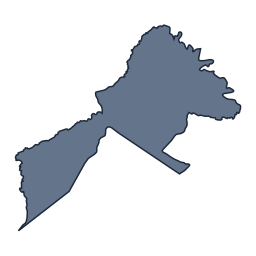 the district of Santa Fe, Ocotepeque, Honduras
{"feature_id": "27666195B70826657437169", "entity_name": "Santa Fe", "entity_type": "district", "adm_level": 2, "iso_a3": "HND", "parent_name": "Honduras", "parent_adm1": "Ocotepeque", "projection": "albers", "projection_center": [-89.282, 14.484], "detail": "fine", "context": "isolated", "style": "filled", "palette": "slate", "viewbox_px": 256, "rotation_deg": 0, "n_neighbors": 0, "source": "geoboundaries", "source_scale": "gbopen_adm2", "svg_char_len": 5745}
<svg xmlns="http://www.w3.org/2000/svg" viewBox="0 0 256 256"><path d="M189.5,165.6L189.6,164.9L189.3,164.4L189.0,164.2L188.2,164.0L185.4,163.9L183.9,162.6L180.8,162.2L178.7,161.1L174.3,159.1L171.2,157.3L166.2,153.8L163.3,152.3L162.5,151.6L162.3,150.7L162.4,150.3L162.8,149.7L171.6,140.3L174.7,135.9L176.4,134.3L180.9,133.5L183.3,132.3L184.4,131.1L184.7,130.6L185.0,129.0L186.6,126.3L187.0,125.1L187.1,123.1L186.5,119.2L187.1,117.5L187.2,115.4L189.0,112.5L191.5,113.9L192.0,113.9L192.9,113.1L194.1,113.3L195.8,114.1L197.6,115.3L198.3,115.6L200.7,115.2L205.0,116.2L206.1,116.3L207.6,116.1L208.7,116.2L209.9,116.7L210.6,117.4L215.1,117.9L215.4,118.2L215.5,119.0L215.8,119.4L217.8,119.9L220.2,120.1L221.3,119.8L221.9,119.3L221.7,118.4L221.8,117.9L222.4,117.3L223.2,117.1L224.7,117.5L227.0,118.6L227.3,118.5L227.6,118.0L228.0,117.7L228.4,117.7L229.3,118.1L229.9,118.1L231.1,117.3L231.7,117.2L232.3,117.6L232.4,118.7L233.0,119.0L233.7,118.4L234.3,117.6L234.8,116.1L234.9,114.8L235.2,114.6L236.0,114.7L236.5,114.3L236.6,113.8L236.5,113.1L236.7,112.6L237.4,112.4L238.0,113.1L238.4,113.3L238.8,113.1L239.4,112.4L240.4,108.7L240.6,107.1L240.6,106.3L240.2,105.5L239.6,104.8L237.8,104.1L236.8,103.3L236.0,102.2L235.4,100.8L234.7,100.0L232.7,99.5L229.2,99.3L227.1,98.8L224.8,97.5L223.6,96.5L222.7,95.4L222.6,94.9L222.7,94.4L223.8,93.6L231.5,92.4L233.2,91.7L233.7,91.1L233.4,90.3L232.7,89.7L229.6,87.8L228.4,87.7L227.1,88.4L226.5,88.1L226.4,87.6L227.2,82.7L225.9,80.2L224.5,78.2L223.8,77.8L222.5,77.7L221.8,77.8L220.8,78.3L220.4,78.3L219.3,77.9L217.5,76.8L215.0,75.0L213.6,73.5L213.4,72.7L214.0,71.7L213.9,71.4L213.7,71.2L213.0,71.2L211.6,71.6L209.4,71.6L206.6,70.7L204.8,69.7L204.1,69.4L203.6,69.6L202.9,70.4L202.2,70.7L200.7,70.6L199.8,70.2L199.6,69.5L199.9,68.8L201.3,67.4L202.9,66.2L204.5,65.4L205.8,65.0L206.6,65.4L207.4,66.4L207.9,66.6L208.4,66.5L208.9,66.0L209.1,64.9L209.5,64.3L210.2,63.9L211.4,63.8L212.1,63.5L213.1,62.6L213.5,61.5L213.4,60.9L212.8,60.2L212.1,59.9L211.0,59.7L209.3,59.7L205.8,60.4L202.3,60.8L200.1,60.6L199.1,60.3L198.6,59.3L198.8,57.6L200.6,48.7L196.8,49.1L194.8,50.2L193.8,51.5L193.0,51.7L192.7,51.4L192.6,51.1L193.1,49.7L192.9,48.4L191.2,46.2L190.0,45.2L189.3,44.9L188.8,45.2L188.2,46.3L187.8,47.4L187.4,48.8L187.2,49.1L186.9,49.1L185.4,47.0L184.4,44.3L183.8,43.5L182.1,42.3L181.4,42.3L180.5,42.7L179.9,42.6L179.5,42.2L179.0,41.3L178.7,40.0L178.8,38.9L180.6,36.9L181.4,35.5L181.7,34.6L181.6,33.1L181.2,32.5L180.6,32.1L179.5,32.0L178.9,32.4L177.5,36.2L175.9,35.9L174.8,36.0L174.5,36.2L174.4,36.5L174.5,37.7L174.0,39.2L172.5,35.3L171.0,34.1L169.7,33.4L170.0,28.5L169.7,27.5L169.1,26.9L164.4,25.2L163.4,25.3L162.0,26.6L160.8,26.0L158.8,26.3L157.7,27.1L157.7,27.9L157.5,28.1L154.7,27.6L154.1,27.0L153.7,27.0L152.7,27.8L151.2,29.7L148.1,31.9L147.6,33.2L147.2,33.4L146.6,32.8L146.0,32.9L145.7,33.2L145.4,34.1L144.0,34.5L142.0,36.3L141.9,36.6L141.9,37.6L141.6,38.8L141.0,40.7L140.5,41.3L139.6,40.9L139.0,41.5L139.0,42.3L139.6,43.2L139.3,44.0L139.0,44.3L137.9,44.3L137.6,44.7L137.4,45.5L136.8,46.0L135.8,46.4L134.7,46.6L133.0,49.6L132.7,49.9L131.8,49.8L131.5,50.1L131.5,50.8L132.3,51.2L132.6,51.7L132.5,53.4L132.0,54.4L130.8,55.4L130.7,57.2L129.9,58.9L129.4,59.5L127.9,60.7L127.0,61.8L127.0,62.2L127.6,62.9L127.5,64.5L128.2,65.8L127.9,67.1L128.1,67.4L128.6,67.6L128.7,67.9L128.5,68.3L127.8,69.0L127.4,69.8L127.2,70.6L127.5,71.4L127.5,71.8L127.2,71.9L126.6,71.6L126.1,71.7L126.0,72.1L126.4,72.8L126.3,73.2L125.0,74.0L124.2,75.1L124.1,75.7L124.7,76.4L124.7,76.8L121.3,77.3L120.2,77.8L119.5,78.5L118.7,80.1L117.1,81.9L115.3,83.3L112.9,86.3L108.6,87.0L107.2,88.4L105.4,89.6L104.0,90.2L96.7,91.9L95.8,92.3L95.6,93.9L95.9,95.9L97.7,99.2L98.3,102.1L99.0,103.2L100.9,105.3L101.9,107.6L102.3,110.0L102.1,113.2L100.8,112.2L99.2,111.9L98.1,112.1L97.4,112.4L96.6,114.0L95.9,114.5L95.0,114.4L93.8,113.6L92.9,113.7L92.2,114.3L91.6,115.1L91.5,115.6L91.8,116.9L91.7,117.8L91.4,118.7L90.8,119.3L89.9,119.5L89.1,118.9L88.5,118.8L87.9,119.3L87.5,120.6L86.8,121.1L85.9,121.1L84.3,120.6L82.3,121.1L80.7,120.8L80.2,121.1L79.8,122.0L79.3,122.4L78.8,122.5L78.0,122.2L77.5,122.2L77.1,122.6L76.6,123.4L75.4,123.9L74.7,125.2L72.9,126.5L71.4,128.0L68.3,129.9L67.8,129.9L67.5,129.3L67.1,129.1L65.8,129.1L59.3,131.4L58.1,132.6L58.0,133.8L57.7,134.2L57.3,134.5L56.2,134.6L55.7,134.9L55.2,135.5L54.9,136.6L54.5,137.1L49.9,139.6L48.5,140.7L47.9,140.8L46.8,140.5L42.3,141.2L39.2,143.2L39.0,144.0L38.4,144.6L37.3,144.9L36.1,144.6L35.3,144.8L34.1,145.7L32.7,147.3L29.8,148.6L28.2,148.9L27.8,148.8L27.5,148.1L26.4,148.3L25.8,147.8L25.5,147.8L25.0,148.9L23.7,149.9L23.5,151.0L18.3,152.9L18.0,153.3L18.1,154.1L17.9,154.6L17.5,154.9L16.6,154.9L16.3,155.1L15.4,157.7L16.2,158.8L16.2,159.2L15.9,159.8L15.9,160.1L16.7,160.5L17.8,160.1L18.7,160.1L20.5,160.6L21.4,161.5L22.1,162.9L22.0,163.5L21.0,164.0L19.5,166.3L19.7,166.7L20.2,166.4L20.5,166.4L20.7,166.9L20.6,167.4L19.8,168.3L19.6,169.7L20.0,170.5L20.4,170.6L21.0,170.5L21.4,170.8L21.0,173.5L21.0,174.5L22.0,175.6L23.3,176.2L23.5,176.9L23.0,178.4L22.0,179.8L22.2,180.3L23.0,180.6L23.1,181.1L22.7,181.4L21.9,181.4L21.4,182.4L21.6,186.4L21.5,188.2L21.1,188.5L20.3,188.2L20.0,188.2L19.7,188.5L19.6,189.1L20.3,190.6L21.5,191.9L22.3,192.2L23.1,191.6L23.6,191.7L24.3,195.7L26.7,198.5L26.8,199.1L26.4,200.0L26.3,200.7L27.1,205.4L27.0,205.8L26.5,206.5L26.3,207.2L26.5,208.6L27.2,210.6L27.3,213.1L27.0,217.9L26.3,221.3L25.2,223.3L23.0,224.9L18.4,230.8L69.1,191.4L84.7,163.4L88.3,158.4L94.5,154.2L96.5,152.2L96.8,150.7L96.7,149.0L96.9,147.3L98.8,142.9L98.9,141.3L99.3,139.8L100.0,138.7L100.9,137.8L104.4,136.0L105.0,135.5L105.3,134.7L105.5,133.4L105.7,130.0L105.9,128.9L106.7,127.9L107.9,127.1L108.8,126.9L109.7,126.9L111.9,127.9L118.4,132.9L179.5,173.9L184.7,170.5L189.5,165.6Z" fill="#64748b" stroke="#1e293b" stroke-width="1.5"/></svg>